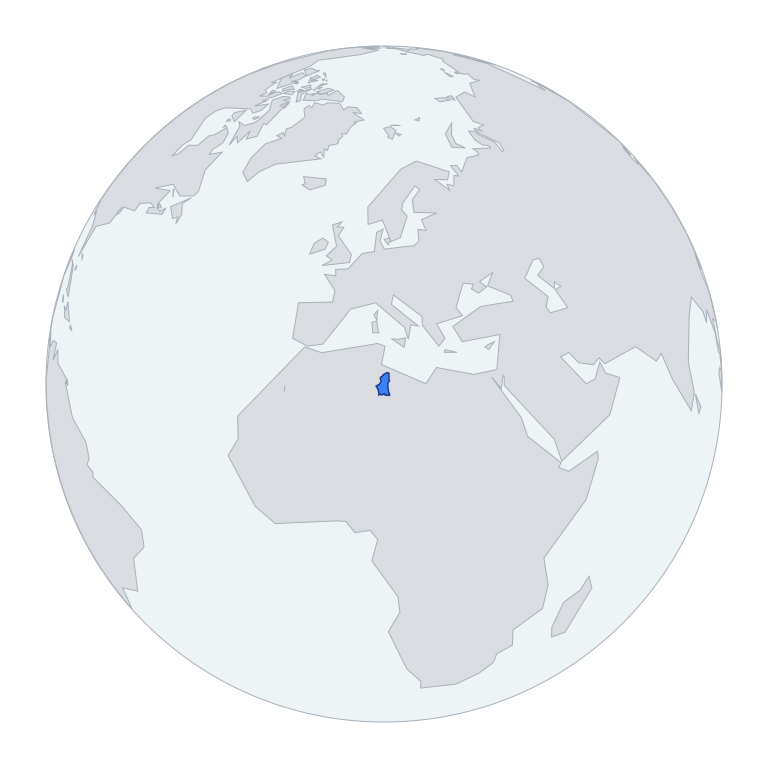 the Earth from above Ghadamis
{"feature_id": "LBY-2882", "entity_name": "Ghadamis", "entity_type": "Municipality", "adm_level": 1, "iso_a3": "LBY", "parent_name": "Libya", "parent_adm1": "", "projection": "orthographic", "projection_center": [10.859, 30.473], "detail": "fine", "context": "on_globe", "style": "filled", "palette": "blue", "viewbox_px": 768, "rotation_deg": 0, "n_neighbors": 0, "source": "natural_earth", "source_scale": "10m", "svg_char_len": 11132}
<svg xmlns="http://www.w3.org/2000/svg" viewBox="0 0 768 768"><circle cx="384" cy="384" r="338" fill="#eef3f6" stroke="#a8b0b8"/><path d="M249.1,74.2L281.5,62.6L322.3,52.3L332.1,50.1L332.4,50.5L340.5,48.9L363.3,46.7L364.5,46.7L373.0,46.3L374.6,46.6L362.3,47.8L363.1,48.3L373.4,47.5L381.5,48.0L366.2,48.9L378.8,50.1L360.5,54.6L318.4,60.3L309.9,66.3L271.2,82.5L276.4,82.5L265.1,89.9L267.0,93.0L259.2,96.0L267.4,96.0L274.1,92.8L280.0,91.9L281.7,93.7L272.1,97.5L269.9,97.2L268.0,99.3L262.5,100.6L266.2,101.0L254.4,106.0L268.5,104.0L261.1,110.5L252.7,113.1L250.5,108.9L225.3,107.8L216.1,110.8L205.2,118.3L191.2,139.6L182.2,145.2L172.3,155.6L178.6,153.7L188.6,145.2L197.8,145.3L209.0,135.8L214.4,134.9L227.0,127.5L228.3,133.1L222.8,142.9L212.3,149.6L209.6,154.4L222.1,152.2L205.2,169.9L198.5,191.3L193.8,195.9L179.8,196.0L173.1,184.3L155.0,188.0L170.0,190.7L157.9,203.7L157.3,208.3L159.8,211.0L165.6,208.3L162.2,214.3L146.1,212.9L149.0,207.5L154.1,207.6L150.8,202.7L139.9,203.5L134.7,210.9L123.8,207.1L119.9,212.6L115.3,215.5L122.3,206.6L109.6,223.0L95.9,226.5L78.3,256.6L92.1,226.8L94.9,217.9L96.7,210.8L93.6,215.4L100.1,201.9L99.0,202.4L113.3,181.8L129.0,162.3L146.1,144.0L164.5,127.1L184.1,111.5L204.8,97.5L226.5,85.0L249.1,74.2ZM72.3,253.6L74.5,248.7L72.7,255.1L63.9,275.7L72.3,253.6ZM63.5,276.8L58.9,295.0L53.5,314.2L50.7,329.4L50.8,334.1L50.2,347.1L53.3,340.4L56.7,342.8L53.1,360.0L57.9,349.4L57.8,362.6L66.9,379.8L65.3,382.3L72.4,417.5L86.0,442.4L89.1,458.7L86.9,464.5L92.9,472.2L93.1,477.4L122.3,506.7L141.6,530.0L144.0,547.2L133.6,558.1L137.7,591.1L122.6,587.8L127.9,599.5L132.0,609.0L128.0,604.6L112.7,585.4L98.8,565.2L86.4,544.1L75.6,522.1L66.4,499.4L58.9,476.0L53.0,452.2L49.0,428.0L46.7,403.6L46.1,379.1L47.1,370.5L49.7,344.7L50.2,337.5L48.9,342.2L52.2,319.8L63.5,276.8ZM73.3,265.6L68.2,296.9L66.3,289.0L67.5,288.2L69.8,278.0L72.4,264.6L72.1,259.2L73.3,265.6ZM81.9,257.2L82.4,253.2L82.6,255.9L81.9,257.2ZM266.5,67.2L263.7,68.2L261.0,69.2L266.5,67.2ZM373.9,46.3L375.2,46.2L379.1,46.1L373.9,46.3ZM225.5,125.1L226.2,126.3L223.5,127.0L225.5,125.1ZM230.3,121.0L226.6,121.0L228.3,119.1L230.5,119.1L230.3,121.0ZM385.0,46.7L390.7,47.1L382.8,46.8L385.0,46.7ZM234.4,121.6L231.8,115.7L234.9,112.5L246.1,110.2L234.4,121.6ZM392.7,47.5L406.7,49.3L410.9,48.9L406.9,51.8L396.3,48.7L385.8,48.2L392.3,48.0L392.7,47.5ZM275.5,91.0L268.5,94.5L272.7,90.1L275.5,91.0ZM276.8,88.5L281.7,77.7L293.0,74.1L289.1,78.1L302.4,72.7L305.6,76.1L298.9,79.8L291.0,81.4L298.2,81.6L276.8,88.5ZM402.4,53.5L403.9,54.5L399.9,53.7L402.4,53.5ZM282.6,91.3L282.6,89.1L292.4,85.7L294.2,89.4L290.5,89.2L282.6,91.3ZM304.4,69.9L312.0,68.4L316.6,70.6L320.2,70.4L306.6,75.9L304.4,69.9ZM289.1,91.0L294.9,91.4L291.9,94.9L283.3,93.2L289.1,91.0ZM294.2,83.4L298.9,82.1L296.9,83.9L294.2,83.4ZM284.3,108.3L284.1,105.2L289.2,103.1L284.3,108.3ZM297.3,91.4L298.3,90.3L300.3,89.2L303.4,90.3L297.3,91.4ZM310.8,77.3L311.1,78.8L316.6,75.1L320.3,77.1L310.5,80.6L316.3,80.0L317.4,80.6L308.2,82.8L310.8,77.3ZM312.4,88.5L301.3,94.5L300.7,100.3L296.1,102.2L298.0,92.6L312.4,88.5ZM310.8,84.9L310.8,87.5L305.1,88.3L301.6,87.1L310.8,84.9ZM326.3,77.4L323.2,73.4L325.4,72.9L326.3,77.4ZM313.4,90.0L316.0,88.6L314.0,90.3L313.4,90.0ZM323.6,80.9L322.2,79.5L324.8,78.8L323.6,80.9ZM322.5,87.2L318.9,89.0L316.4,88.0L322.5,87.2ZM323.9,84.2L327.8,83.7L317.7,86.6L322.8,83.6L323.9,84.2ZM326.2,80.6L327.3,79.7L326.5,81.3L326.2,80.6ZM334.0,90.2L321.9,94.1L316.4,91.8L328.9,88.2L334.0,90.2ZM495.5,65.0L490.1,63.4L453.2,54.8L468.9,58.0L467.6,58.3L474.7,60.4L485.6,63.1L485.4,62.7L514.5,76.0L545.3,90.5L537.6,84.7L541.3,85.6L569.5,101.6L616.1,138.6L619.0,141.2L627.7,150.0L626.9,149.1L627.2,149.7L621.2,143.8L630.8,155.1L622.6,147.2L634.2,160.7L639.1,164.7L633.6,157.0L647.1,173.2L652.3,178.6L653.3,179.9L671.2,206.0L686.6,233.6L693.9,250.2L696.4,256.0L695.1,255.0L700.8,271.5L708.8,290.7L715.3,317.6L717.2,327.7L716.0,321.4L712.7,318.7L717.4,342.1L720.1,349.7L720.7,355.1L721.5,368.1L721.5,368.4L719.7,353.5L718.5,352.0L715.0,332.4L706.6,309.8L706.6,322.7L702.9,311.5L691.4,297.2L689.2,315.5L688.3,362.0L694.3,392.1L691.3,410.8L672.6,379.4L661.3,353.4L656.4,361.2L635.6,346.6L604.9,363.7L599.0,357.8L593.6,364.7L578.7,362.8L568.9,352.5L560.6,356.9L586.2,383.7L594.9,379.1L599.9,362.1L605.6,373.0L619.8,377.6L609.9,414.7L561.8,461.1L554.4,439.4L504.2,385.4L504.3,377.6L503.9,376.8L503.1,375.4L501.3,388.5L491.7,377.3L521.4,417.7L527.5,436.2L561.1,462.7L558.6,467.3L568.7,471.3L597.6,451.2L598.3,458.9L586.3,499.3L543.9,558.1L548.1,584.8L542.5,608.5L513.0,630.0L512.4,645.2L496.6,653.9L493.5,662.4L479.1,673.1L456.2,684.0L420.6,688.1L420.9,681.5L406.8,668.8L388.4,631.7L400.0,612.2L397.9,596.7L371.9,560.9L377.7,539.5L370.1,530.4L354.9,532.6L345.8,521.4L336.3,520.9L275.2,523.6L255.2,506.3L228.1,455.6L238.2,438.6L237.6,416.1L304.8,346.9L321.7,352.7L377.7,343.5L385.1,346.2L381.5,364.5L425.8,383.7L436.6,367.5L473.9,374.4L496.8,369.5L499.9,334.4L462.3,341.7L452.9,326.5L480.7,306.5L513.1,301.2L510.5,295.2L487.6,285.8L492.6,272.5L479.4,281.7L486.6,286.8L478.5,293.1L471.4,288.9L473.5,284.1L463.0,283.2L456.0,307.7L462.5,315.7L436.6,323.8L445.0,338.2L438.8,346.2L422.3,325.2L422.1,316.6L393.4,294.9L391.3,304.4L418.2,325.9L410.9,324.8L408.3,339.3L404.5,327.4L375.7,302.8L350.7,309.1L323.0,344.0L307.5,346.2L292.6,338.3L298.5,302.8L332.5,302.0L335.0,290.8L324.6,274.3L335.8,275.9L335.7,269.5L348.2,268.8L362.2,253.4L374.4,251.6L376.6,232.4L383.1,229.2L380.0,241.2L384.3,249.1L414.1,245.6L418.9,241.1L417.9,229.3L426.2,230.5L421.4,219.6L436.9,213.0L414.0,212.4L412.2,200.0L419.7,189.6L415.0,185.8L402.8,203.0L401.7,210.1L407.2,216.2L400.5,237.5L391.0,241.7L382.5,220.2L368.1,224.4L367.8,207.0L400.9,169.1L416.4,161.1L449.2,171.8L447.5,179.8L434.9,179.5L449.6,190.4L447.0,184.3L453.9,185.7L453.9,175.4L458.8,176.0L450.5,165.6L456.5,165.3L461.7,171.8L466.9,157.7L478.5,155.0L477.3,151.6L472.8,148.8L490.5,148.0L488.9,145.6L482.4,144.9L474.9,139.9L468.6,131.1L475.1,131.3L478.2,134.5L494.6,142.0L502.0,151.3L504.0,150.5L499.1,142.7L479.1,133.3L473.5,128.1L483.3,131.3L479.3,129.7L478.5,127.2L483.8,125.2L473.2,121.3L455.9,97.2L464.4,92.0L475.1,96.9L469.8,83.3L479.9,80.4L473.9,79.4L467.4,73.6L464.1,74.3L460.8,73.5L442.5,61.1L443.2,59.1L428.6,54.6L425.5,54.4L424.1,55.5L406.9,51.8L410.9,48.9L417.7,49.4L415.7,48.1L431.4,49.9L443.5,51.5L461.9,55.7L469.8,57.4L468.0,56.8L472.7,57.9L495.5,65.0ZM285.0,385.0L284.0,391.8L285.0,385.0ZM550.1,312.9L567.8,307.7L555.2,289.6L560.9,286.4L554.5,281.8L554.2,288.4L537.8,275.3L543.7,266.5L539.2,258.4L533.0,259.8L524.8,278.4L548.2,296.7L546.1,306.7L550.1,312.9ZM67.3,380.1L68.0,385.6L66.2,382.8L67.3,380.1ZM63.5,294.4L63.6,298.4L62.8,302.9L62.3,301.0L63.5,294.4ZM70.6,325.4L72.0,331.0L69.5,328.0L70.6,325.4ZM68.0,301.5L69.4,321.5L64.8,317.9L64.3,305.6L66.1,310.0L68.0,301.5ZM76.7,264.9L76.2,268.3L74.7,270.6L76.7,264.9ZM82.0,259.4L81.8,258.7L83.1,255.2L82.0,259.4ZM158.9,203.7L160.0,204.0L161.5,207.7L158.5,208.0L158.9,203.7ZM181.7,214.4L175.7,223.9L177.9,216.9L172.6,218.6L170.7,206.7L191.3,197.7L182.3,203.6L181.7,214.4ZM174.0,189.5L172.8,197.3L173.3,189.2L174.0,189.5ZM322.9,238.0L328.3,242.0L325.1,249.3L309.7,254.1L314.1,243.3L322.9,238.0ZM336.6,246.3L332.4,225.0L341.9,221.9L337.3,227.1L343.9,227.2L338.3,235.7L351.4,254.6L349.5,262.5L322.0,265.6L332.1,259.9L326.2,255.9L336.6,246.3ZM305.3,183.7L303.6,176.6L326.2,178.9L325.1,185.4L309.7,189.9L301.9,185.0L305.3,183.7ZM254.7,119.5L252.6,118.2L255.2,116.9L259.2,117.0L254.7,119.5ZM283.8,107.0L266.6,124.6L263.4,123.8L257.2,136.2L246.2,139.1L250.5,130.7L237.5,142.8L237.0,136.4L229.1,145.1L239.9,126.2L238.9,121.7L244.2,125.5L254.3,122.8L258.4,120.3L269.4,110.2L272.3,100.1L282.8,96.6L289.5,96.9L290.4,98.8L283.3,100.2L289.6,101.7L280.0,105.4L283.8,107.0ZM361.5,113.6L352.9,112.5L364.0,120.0L354.4,122.1L356.3,122.9L350.5,127.1L346.7,133.9L342.0,134.1L342.6,136.7L338.7,139.9L337.9,143.7L329.1,145.6L327.5,150.6L324.2,148.8L323.7,157.0L320.1,151.8L314.8,156.1L321.1,158.8L275.4,164.2L259.1,171.8L247.3,181.5L242.8,172.5L250.9,158.2L265.4,143.8L281.9,138.3L276.8,135.7L283.2,132.5L284.5,135.9L286.3,128.9L291.9,127.3L304.9,117.1L304.0,109.0L308.7,105.4L311.9,107.8L314.4,102.7L323.5,105.1L327.1,102.8L339.7,103.2L343.7,110.0L347.4,106.9L357.1,107.7L361.5,113.6ZM337.5,90.5L344.4,97.0L342.6,101.7L321.4,99.0L316.9,100.8L303.3,100.2L306.2,93.6L309.9,94.3L314.1,93.5L311.5,95.9L316.7,93.4L321.9,94.5L327.3,93.0L328.1,95.4L337.5,90.5ZM391.9,338.9L397.4,339.4L405.6,337.9L404.1,347.4L391.9,338.9ZM372.0,322.4L376.7,321.0L378.6,332.8L372.9,332.8L372.0,322.4ZM377.7,310.6L376.8,320.0L373.9,314.9L377.7,310.6ZM384.1,239.6L389.0,237.8L390.1,240.4L388.2,244.8L384.1,239.6ZM392.4,139.3L387.7,137.2L388.8,135.7L383.6,128.3L390.2,126.6L396.0,130.4L392.4,139.3ZM494.4,341.6L488.8,349.5L484.9,347.1L487.6,344.8L494.4,341.6ZM445.0,349.7L457.1,352.3L444.4,352.3L445.0,349.7ZM398.8,136.2L395.9,133.2L401.0,134.3L398.8,136.2ZM394.8,125.0L400.6,125.5L390.4,125.5L394.8,125.0ZM591.9,587.9L565.1,632.1L551.6,637.0L551.8,627.5L563.5,602.4L580.1,590.1L589.0,576.2L591.9,587.9ZM721.8,391.9L718.8,372.7L719.9,367.4L721.7,372.3L721.8,391.9ZM695.4,394.0L701.0,407.2L698.8,413.4L695.4,394.0ZM699.8,264.0L701.5,269.5L699.9,265.6L696.6,256.3L699.8,264.0ZM451.7,123.1L451.5,134.9L455.8,143.4L465.2,147.9L451.9,147.2L445.3,133.9L451.7,123.1ZM454.7,100.1L446.5,97.1L449.9,95.8L452.3,96.2L454.7,100.1ZM449.8,100.2L439.9,101.7L435.2,98.4L444.0,97.7L449.8,100.2ZM419.6,117.6L419.1,121.0L414.9,119.9L419.6,117.6ZM554.2,92.1L536.8,83.5L530.8,80.7L542.8,85.7L545.8,87.3L546.9,88.0L549.6,89.4L554.2,92.1ZM407.0,54.2L404.2,54.4L404.9,53.6L407.0,54.2ZM459.2,74.1L454.7,72.9L455.7,71.6L459.2,74.1ZM442.9,69.1L444.9,71.3L440.1,68.8L442.9,69.1ZM449.8,76.6L444.4,72.2L453.4,76.6L449.8,76.6Z" fill="#d9dde1" stroke="#a8b0b8" stroke-width="1"/><path d="M383.1,375.3L383.2,375.2L383.4,375.1L383.6,375.0L383.7,374.8L383.9,374.3L384.1,374.2L385.6,373.4L386.9,372.8L387.3,372.6L387.7,372.8L387.9,373.1L388.2,373.2L389.0,373.2L389.0,373.9L388.9,374.5L388.8,375.2L388.9,375.8L389.0,376.3L388.9,376.9L388.9,377.6L389.0,378.1L388.9,378.9L389.0,379.4L389.2,379.9L389.5,380.4L389.1,381.3L388.4,382.3L388.0,383.0L387.8,383.3L387.7,383.6L387.9,384.3L387.8,385.4L387.9,386.6L388.0,387.9L388.3,389.3L388.5,390.5L388.5,392.2L388.9,392.9L389.4,393.5L389.5,394.0L389.7,395.0L389.4,395.4L388.8,395.3L388.5,395.0L388.0,395.1L387.8,395.1L387.3,395.0L387.1,395.1L386.7,395.4L386.4,395.4L385.7,395.1L385.5,394.9L384.8,394.8L384.5,394.4L384.4,393.9L384.3,393.6L384.0,393.7L383.6,394.0L383.2,394.3L382.7,394.5L382.3,394.7L381.8,394.9L381.5,395.0L380.8,394.5L380.3,394.3L380.0,394.4L379.6,394.6L379.2,394.7L378.9,394.8L378.7,394.9L378.8,393.9L378.8,392.8L378.7,391.9L378.3,390.5L377.9,389.1L377.3,387.9L376.7,386.9L376.4,386.6L376.1,386.2L377.2,385.4L378.3,384.8L378.5,384.8L378.8,384.8L379.0,384.7L379.6,383.9L380.2,383.0L380.6,382.5L380.9,381.8L381.0,381.6L381.0,381.4L380.9,381.0L380.9,380.8L380.9,380.5L380.9,380.4L380.7,380.1L380.6,379.5L380.2,378.5L380.2,378.4L380.3,378.0L380.3,377.8L380.7,377.5L381.0,376.9L381.3,376.7L381.8,376.7L382.1,376.6L382.3,376.4L382.4,376.1L382.6,375.9L382.7,375.7L382.7,375.3L382.8,375.1L383.0,375.2L383.1,375.3Z" fill="#3b82f6" stroke="#1e3a8a" stroke-width="1.5"/></svg>